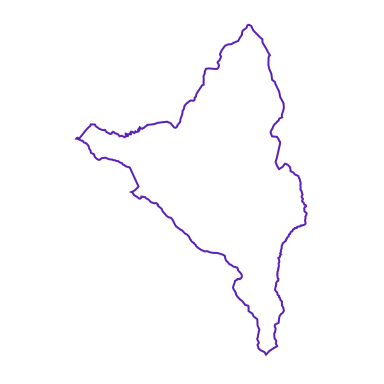 Brosteni, Vrancea, Romania, rotated 178°
{"feature_id": "2599482B78982414429299", "entity_name": "Brosteni", "entity_type": "district", "adm_level": 2, "iso_a3": "ROU", "parent_name": "Romania", "parent_adm1": "Vrancea", "projection": "natural_earth1", "projection_center": [27.004, 45.77], "detail": "fine", "context": "isolated", "style": "outline", "palette": "violet", "viewbox_px": 384, "rotation_deg": 178, "n_neighbors": 0, "source": "geoboundaries", "source_scale": "gbopen_adm2", "svg_char_len": 5997}
<svg xmlns="http://www.w3.org/2000/svg" viewBox="0 0 384 384"><g transform="rotate(178 192 192)"><path d="M305.8,249.3L304.4,249.1L300.5,247.1L299.6,247.1L298.4,245.3L296.8,244.8L295.3,243.7L293.9,241.8L293.0,238.4L292.3,237.7L291.9,236.8L291.7,234.9L291.4,234.5L288.6,233.1L288.3,231.6L287.8,230.5L286.9,229.3L285.2,227.9L283.8,227.3L283.3,227.4L282.8,227.6L281.2,228.9L277.3,229.3L274.0,227.7L270.3,227.1L269.6,226.6L268.3,226.5L266.1,225.6L264.9,225.5L262.7,223.9L260.8,223.2L260.4,222.2L259.8,221.7L258.6,221.2L257.5,220.2L255.0,219.1L253.9,218.9L253.3,218.6L245.3,199.5L245.5,199.0L248.9,195.8L250.7,194.8L252.6,194.1L251.5,193.6L250.2,191.0L247.3,189.2L245.3,187.5L244.2,187.1L243.0,188.0L242.8,189.2L239.1,188.5L238.2,187.3L236.4,186.5L234.9,185.1L234.0,183.8L233.0,183.1L230.0,182.0L228.2,182.2L226.5,180.8L226.3,180.4L226.7,179.6L223.1,176.4L222.8,176.0L222.0,173.7L217.8,168.6L216.3,167.6L214.1,167.0L213.2,166.1L212.2,164.6L210.8,161.3L209.1,158.1L208.6,157.9L206.7,156.2L204.5,154.6L203.1,153.9L200.5,150.8L198.5,149.7L197.8,149.0L196.6,147.6L195.5,144.8L194.8,143.9L194.6,143.8L194.6,143.4L194.0,142.5L191.9,141.0L192.0,140.7L190.3,139.2L189.8,137.9L188.2,136.3L184.7,133.7L181.4,132.2L178.7,132.3L176.1,131.1L173.6,130.5L168.7,130.2L163.3,128.3L161.3,126.9L161.2,124.9L160.4,122.4L158.2,120.1L157.9,119.4L157.0,118.5L155.8,118.0L153.2,116.0L149.8,115.0L149.2,114.5L148.8,113.3L148.7,112.2L148.1,111.3L146.0,109.0L145.7,108.5L145.1,106.7L145.2,105.3L146.6,103.5L147.8,103.3L147.9,103.5L148.3,103.2L149.6,103.5L150.1,102.7L152.0,101.8L152.9,99.0L154.1,96.1L154.3,95.2L154.1,94.0L152.3,90.8L151.6,89.4L151.8,88.6L150.2,85.7L147.7,82.9L145.7,81.4L142.7,77.2L140.0,76.5L139.5,75.8L139.6,71.0L135.9,68.3L134.9,65.8L134.3,65.1L131.2,62.6L131.1,56.1L129.5,52.3L131.0,46.6L131.3,44.4L132.0,43.2L132.0,42.7L130.5,39.3L130.8,38.3L131.8,37.2L131.8,36.5L131.2,34.8L131.2,33.8L129.3,31.6L125.3,29.6L123.7,26.9L120.2,30.4L115.5,33.3L112.3,34.9L112.3,35.4L113.0,36.4L113.4,37.4L113.4,38.1L113.0,39.5L113.0,40.2L113.6,41.5L114.4,42.4L114.8,44.3L114.7,47.9L113.7,49.2L113.8,50.0L113.2,52.0L113.4,53.3L113.9,54.1L114.0,55.4L113.7,56.3L113.0,57.0L110.1,58.1L109.9,58.5L109.5,61.9L108.9,64.6L107.5,66.7L105.8,67.9L104.4,69.8L104.3,70.6L104.7,71.7L104.6,72.7L106.1,75.7L105.8,76.8L106.2,77.9L105.9,79.5L107.4,81.0L107.4,81.7L107.7,82.8L108.7,83.7L108.4,84.8L108.5,85.1L109.7,85.9L110.1,86.4L110.3,88.5L112.0,90.3L112.4,91.6L111.8,94.3L111.2,95.3L111.4,96.0L111.0,96.5L111.2,97.7L111.0,98.3L109.9,99.9L109.1,100.2L108.8,100.7L108.7,102.2L109.2,102.5L109.5,103.8L109.5,105.7L109.8,106.5L109.4,107.4L109.4,109.3L108.7,110.5L108.6,111.9L108.2,112.7L108.3,113.5L107.9,114.1L107.8,115.2L107.9,117.6L107.2,119.1L107.3,121.1L108.1,122.9L106.5,123.9L106.4,124.1L106.6,124.8L106.4,125.2L105.2,126.5L106.1,127.5L105.3,128.6L105.3,130.3L104.3,132.9L104.3,134.8L103.3,136.8L103.3,137.4L99.7,140.2L99.6,141.5L99.0,141.8L98.8,142.4L98.2,143.5L97.1,144.2L96.6,146.0L96.2,146.5L95.4,146.7L94.8,148.4L94.3,148.9L93.2,149.2L92.3,151.1L91.1,151.5L90.5,152.4L88.5,152.4L88.3,152.6L88.2,153.3L87.9,153.6L84.6,154.0L84.5,154.7L82.3,154.9L80.4,155.6L79.9,156.0L79.6,156.8L79.7,158.3L79.9,158.7L80.0,160.2L79.4,161.7L79.6,163.4L78.7,164.6L78.2,166.7L78.4,167.2L79.3,167.8L80.2,168.7L80.4,169.6L80.3,170.8L80.5,171.4L79.9,172.8L78.6,173.6L78.4,174.0L79.0,175.1L80.2,175.5L80.9,177.6L81.9,178.4L82.3,179.0L82.1,180.0L81.5,180.6L81.4,181.4L82.4,182.7L82.6,184.0L81.6,185.4L81.6,185.9L82.3,187.3L82.3,188.6L82.8,189.4L82.8,189.7L83.6,190.9L83.3,192.7L83.4,195.4L83.1,196.3L83.2,197.8L83.6,199.0L83.9,201.2L84.5,202.1L85.0,203.9L86.0,204.9L87.3,205.2L88.3,205.8L89.2,206.7L89.8,207.8L92.7,209.3L93.0,212.9L93.5,213.8L95.4,215.9L96.9,216.7L98.2,217.0L100.4,214.1L104.2,211.8L106.2,215.3L107.4,219.3L106.0,223.2L103.5,232.7L102.3,237.3L102.3,239.3L103.3,240.2L103.5,241.6L105.2,244.2L110.0,244.8L111.4,248.5L110.9,250.4L109.2,253.0L108.6,254.5L107.6,256.3L105.3,258.3L104.1,259.7L103.1,260.2L102.0,262.5L99.4,263.4L99.6,263.7L99.4,266.3L98.0,270.2L97.2,273.0L97.5,277.7L100.5,283.6L101.4,289.3L104.7,296.7L105.3,299.1L108.0,301.3L108.6,307.5L110.5,312.2L111.2,316.1L110.8,323.7L110.2,325.2L109.3,325.9L111.3,329.4L113.2,333.4L116.3,338.8L116.3,342.2L118.4,344.0L125.2,351.5L127.0,355.9L129.3,357.1L130.8,356.7L131.6,354.5L133.2,353.1L135.2,351.9L135.7,351.4L136.4,349.7L136.6,347.3L138.7,344.7L140.5,341.4L145.4,339.6L146.6,338.8L147.6,338.4L150.8,338.2L153.3,337.3L154.2,336.6L157.4,332.5L158.8,329.8L159.2,328.4L158.2,326.3L160.0,322.6L161.8,321.0L161.9,320.3L161.0,318.9L160.6,317.5L161.0,316.0L162.3,314.2L164.9,314.2L170.4,314.9L173.6,314.7L173.9,314.4L175.1,311.7L175.1,310.0L176.2,308.1L176.5,306.9L176.3,303.2L176.7,302.1L176.5,299.7L176.6,298.9L178.0,298.4L178.4,298.0L183.8,290.4L184.2,289.5L184.7,287.3L186.1,285.9L186.0,284.6L186.6,283.6L187.5,283.1L189.9,283.5L191.0,283.1L194.9,280.2L196.1,278.8L196.7,277.9L196.8,276.8L197.4,275.0L197.9,274.1L198.6,273.4L198.9,270.5L201.1,264.9L201.4,262.4L204.1,259.4L204.7,257.8L205.5,257.1L206.0,256.8L206.8,256.8L207.7,257.3L211.0,261.5L214.7,263.2L215.9,262.9L217.6,262.9L223.9,262.3L226.6,261.4L228.0,261.1L234.1,260.6L234.1,260.4L236.2,259.2L237.5,258.0L239.6,256.9L240.8,257.3L241.3,258.1L242.0,258.5L242.5,257.4L241.9,257.0L242.0,256.3L242.3,255.9L243.2,256.8L243.7,256.1L243.8,255.8L243.4,254.4L245.4,253.9L246.5,254.6L247.2,253.6L247.2,253.2L247.6,252.9L249.0,253.9L250.2,254.4L251.1,254.3L251.6,253.0L250.8,252.3L251.1,251.7L251.3,251.7L252.9,252.1L253.8,251.7L256.3,252.6L256.4,252.2L254.4,250.9L254.1,250.6L254.2,250.1L256.7,249.9L257.3,249.1L260.4,250.7L262.4,250.2L264.0,252.3L266.2,253.2L266.6,253.2L267.6,254.3L268.8,254.9L269.2,254.2L270.1,254.1L270.5,253.1L271.5,252.8L271.9,252.9L275.5,255.0L276.7,257.0L277.2,257.1L277.5,256.9L278.6,256.9L280.5,257.5L282.4,258.4L286.0,261.2L286.3,262.2L286.8,262.9L290.9,263.1L291.1,262.2L291.4,261.6L293.5,259.9L295.4,258.0L302.8,249.4L304.4,250.3L305.3,250.0L305.8,249.3Z" fill="none" stroke="#5b21b6" stroke-width="2"/></g></svg>